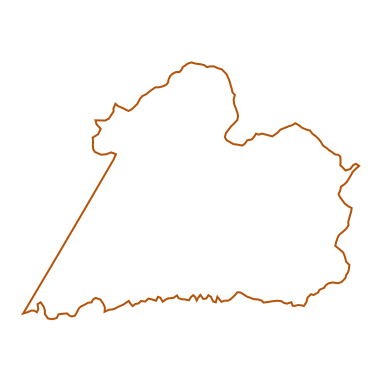 outline of Rubiataba, Goiás, Brazil, rotated 181°
{"feature_id": "56859067B12636135520213", "entity_name": "Rubiataba", "entity_type": "district", "adm_level": 2, "iso_a3": "BRA", "parent_name": "Brazil", "parent_adm1": "Goiás", "projection": "robinson", "projection_center": [-49.897, -15.198], "detail": "fine", "context": "isolated", "style": "outline", "palette": "amber", "viewbox_px": 384, "rotation_deg": 181, "n_neighbors": 0, "source": "geoboundaries", "source_scale": "gbopen_adm2", "svg_char_len": 3177}
<svg xmlns="http://www.w3.org/2000/svg" viewBox="0 0 384 384"><g transform="rotate(181 192 192)"><path d="M25.3,221.0L28.6,223.1L31.3,221.6L34.2,217.7L39.0,216.2L41.6,219.0L44.1,221.3L44.0,226.6L44.4,230.2L46.6,231.8L49.8,232.1L52.4,234.2L55.3,235.9L58.4,238.5L61.8,240.6L64.1,244.5L66.2,247.1L69.1,249.8L72.6,252.3L75.2,255.6L78.7,256.4L83.0,258.1L86.3,260.6L89.9,262.6L93.0,260.5L96.4,259.4L100.9,257.5L104.7,255.9L107.3,252.9L109.7,251.1L112.7,249.0L118.6,250.5L123.0,251.6L126.4,250.5L128.9,251.5L130.5,248.9L132.9,245.7L137.8,244.6L139.8,241.4L142.6,239.3L146.1,240.0L151.3,240.6L156.4,243.3L158.7,244.8L160.1,247.5L159.1,251.5L155.9,255.9L154.1,258.3L151.4,261.0L148.0,264.7L147.2,268.9L148.0,271.9L149.5,276.0L151.3,280.5L152.0,285.0L150.8,289.8L153.2,292.2L154.2,296.4L155.2,299.3L156.2,303.1L159.4,310.3L164.3,315.1L168.4,316.3L172.4,318.0L176.2,317.9L179.2,317.1L181.7,318.9L185.1,319.8L187.9,320.1L192.1,320.7L194.7,321.6L198.9,320.1L200.9,318.4L203.4,316.8L204.5,314.1L206.6,311.7L210.3,311.6L213.8,309.6L215.9,307.5L217.3,304.4L217.9,301.0L219.7,298.7L222.9,297.2L226.9,296.1L230.5,296.0L233.6,293.7L236.5,291.6L239.3,289.1L243.4,287.0L245.7,284.2L248.2,279.1L250.9,276.4L253.7,273.6L257.0,271.9L262.9,274.8L267.4,276.6L270.1,278.9L272.0,274.0L271.9,271.0L276.5,263.8L280.2,261.9L289.7,262.0L288.7,258.2L284.4,253.5L286.9,248.1L292.3,244.6L291.8,241.3L291.9,237.3L291.5,232.9L289.7,230.3L283.5,227.7L278.5,228.2L273.5,230.2L268.7,228.5L271.0,223.0L302.2,167.2L326.9,123.4L358.7,67.5L354.3,69.0L350.4,70.7L347.5,70.5L344.9,69.1L343.6,72.2L344.5,77.1L341.4,79.1L338.3,74.8L337.1,71.1L336.9,67.2L333.8,63.0L329.4,62.4L325.1,63.6L323.3,67.4L318.4,68.1L314.7,68.4L312.7,66.5L310.0,65.4L306.8,66.4L305.1,69.6L302.9,74.0L300.2,76.1L297.6,77.3L294.1,79.4L290.5,79.9L288.9,83.0L286.5,84.4L281.9,83.0L279.0,79.1L277.1,75.2L277.3,70.7L273.1,72.8L269.9,73.1L266.9,74.1L264.0,75.8L258.9,78.1L253.3,82.0L251.9,79.7L249.4,76.9L246.6,79.1L243.4,79.7L241.2,82.1L236.9,81.7L233.6,84.7L230.6,84.0L226.1,82.6L224.2,86.6L221.7,85.7L219.4,81.8L217.2,83.5L214.3,85.1L208.5,85.9L205.2,88.3L203.5,85.6L200.4,84.6L197.2,84.5L193.2,83.7L191.1,87.0L189.0,88.9L187.0,87.1L185.4,83.6L184.1,86.2L181.9,89.3L178.9,85.3L175.9,85.7L173.8,89.1L171.1,87.4L168.9,82.9L166.3,82.1L164.8,87.7L160.7,82.7L158.0,83.8L153.6,84.1L151.4,85.6L149.2,87.7L147.1,89.7L145.0,92.5L141.9,92.4L138.9,90.7L135.1,88.3L132.3,87.4L128.1,85.9L124.0,85.7L120.4,84.6L118.5,82.7L114.5,83.3L109.5,84.2L104.6,84.8L100.6,84.4L98.6,82.9L95.1,82.0L90.8,83.5L89.3,79.9L86.9,80.0L84.0,80.8L80.6,80.6L78.2,80.0L75.8,83.7L74.5,88.6L71.2,91.9L68.7,91.1L66.5,92.4L64.1,93.7L62.9,96.4L60.7,97.4L58.3,98.5L56.6,101.1L53.8,103.1L49.5,104.0L44.5,103.3L40.9,104.6L39.0,106.6L37.1,108.6L36.3,111.8L34.7,114.2L33.8,117.5L33.3,121.7L36.7,125.0L37.9,129.7L39.6,133.9L41.9,136.0L44.8,138.3L47.8,140.6L47.0,144.3L45.8,148.1L44.7,150.9L42.9,152.8L40.4,154.9L38.0,157.1L36.2,159.2L34.9,161.8L35.3,164.8L34.5,167.7L33.4,172.2L32.5,175.1L32.1,178.8L35.2,180.3L39.0,183.0L44.0,189.6L45.4,192.4L43.8,196.3L43.1,199.9L39.8,202.3L37.2,205.0L35.0,208.8L33.5,211.3L31.7,214.8L28.3,218.4L25.3,221.0Z" fill="none" stroke="#b45309" stroke-width="2"/></g></svg>